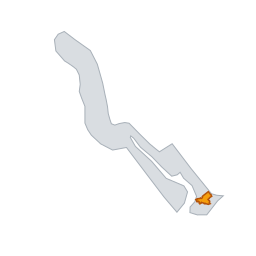 Kombo Central, West Coast, Gambia (highlighted), rotated 232°
{"feature_id": "56634734B211008456047", "entity_name": "Kombo Central", "entity_type": "district", "adm_level": 2, "iso_a3": "GMB", "parent_name": "Gambia", "parent_adm1": "West Coast", "projection": "robinson", "projection_center": [-16.653, 13.251], "detail": "fine", "context": "in_parent", "style": "filled", "palette": "amber", "viewbox_px": 256, "rotation_deg": 232, "n_neighbors": 0, "source": "geoboundaries", "source_scale": "gbopen_adm2", "svg_char_len": 2745}
<svg xmlns="http://www.w3.org/2000/svg" viewBox="0 0 256 256"><g transform="rotate(232 128 128)"><path d="M31.5,114.7L51.3,113.9L75.3,114.2L101.4,114.6L113.6,114.8L120.1,102.3L132.3,96.7L144.9,94.7L151.4,95.2L158.4,97.1L171.6,107.4L179.9,109.8L186.8,112.1L191.8,117.2L199.8,122.2L206.0,123.5L209.7,122.7L215.9,120.8L219.9,119.3L233.1,118.6L242.9,124.4L244.9,130.7L243.3,137.2L230.3,140.6L212.2,146.0L197.2,143.1L179.0,135.7L168.4,130.4L163.9,128.3L157.3,124.9L151.5,121.3L145.9,119.0L141.6,117.5L138.4,119.4L136.9,123.8L134.3,128.8L131.1,131.8L115.8,133.5L102.1,135.3L94.8,136.9L89.9,138.1L88.4,153.1L72.8,152.9L57.6,152.7L41.8,153.0L24.8,153.3L20.5,156.4L15.9,161.3L15.4,153.8L11.1,136.6L16.9,129.1L23.2,124.7L27.5,128.3L28.7,135.2L32.0,140.0L43.2,143.0L54.2,140.9L61.0,141.8L60.8,138.0L63.1,132.8L76.5,130.6L90.7,129.1L105.2,126.0L116.6,126.2L120.1,125.3L119.2,124.0L109.0,122.5L87.1,126.1L64.8,127.1L48.0,136.4L41.0,135.6L34.1,126.2L31.5,114.7Z" fill="#d9dde1" stroke="#a8b0b8" stroke-width="1"/><path d="M29.8,137.3L28.8,137.3L28.7,137.3L28.4,137.3L28.2,137.4L28.0,137.5L27.9,137.5L27.7,137.5L27.9,137.1L27.8,136.9L27.4,136.9L27.3,137.0L27.2,137.1L27.2,137.3L27.2,137.5L27.2,137.8L27.2,138.0L27.0,138.3L26.9,138.3L26.9,138.2L26.8,138.3L26.7,138.3L26.4,138.4L26.2,138.6L25.9,138.5L25.8,138.4L25.7,138.3L25.6,138.2L25.4,138.0L25.3,137.9L25.1,138.1L24.9,138.1L24.7,138.1L24.4,138.1L24.2,138.1L23.9,138.0L23.9,138.3L24.0,138.4L24.0,138.5L24.0,138.8L24.0,139.0L24.1,139.3L24.1,139.5L24.2,139.8L23.9,139.8L23.7,139.8L23.7,140.0L23.8,140.3L22.9,140.9L22.8,141.0L22.7,141.1L22.3,141.3L22.2,141.4L21.7,141.4L21.3,141.5L21.3,141.8L21.3,142.0L21.3,142.3L21.2,142.4L20.9,142.4L20.7,142.4L20.7,142.5L19.9,143.1L19.3,143.6L18.4,144.2L18.3,144.3L18.2,144.8L18.0,145.5L17.9,145.7L17.9,145.8L17.8,146.1L18.2,146.0L18.3,145.9L18.5,145.9L18.8,145.9L19.0,146.0L19.0,146.3L19.1,146.5L19.3,146.6L19.4,146.8L19.5,146.9L19.6,147.0L19.8,147.0L20.1,147.3L20.4,147.4L20.8,147.3L21.2,147.1L21.3,147.1L22.5,147.1L22.5,147.7L22.5,148.5L22.5,148.8L22.8,149.1L22.8,149.6L22.8,149.8L22.8,150.1L22.8,150.5L22.7,150.9L22.7,151.2L22.8,151.5L22.7,152.0L23.7,152.1L24.0,152.3L24.4,152.4L24.5,152.3L24.8,152.2L25.0,152.1L25.7,152.1L26.6,152.1L28.4,152.1L28.4,151.4L28.4,150.8L28.4,150.4L28.4,150.0L28.4,149.0L28.4,148.4L28.4,148.0L28.4,147.5L28.4,147.1L28.4,146.7L28.4,145.8L28.3,144.4L28.1,144.3L28.0,144.2L27.9,144.2L27.7,144.1L27.4,143.8L27.4,143.6L27.3,143.4L27.3,143.2L27.2,142.9L27.2,142.7L27.3,142.5L27.5,142.4L27.7,142.2L27.8,142.2L28.0,142.1L28.3,142.0L28.3,141.9L28.3,141.7L28.2,141.3L28.4,141.0L28.4,140.9L28.5,140.7L29.2,139.8L29.2,139.7L29.3,139.0L29.5,139.1L29.7,138.7L29.7,137.8L29.7,137.7L29.8,137.3Z" fill="#f59e0b" stroke="#b45309" stroke-width="1.5"/></g></svg>